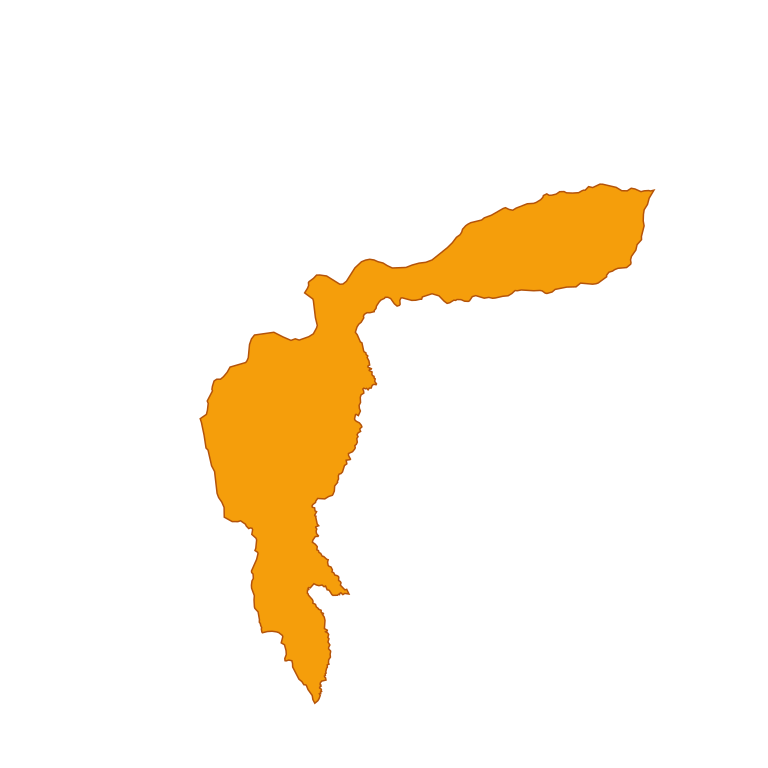 La Argentina, Huila, Colombia (Natural Earth projection), rotated 122°
{"feature_id": "7082276B50002192579952", "entity_name": "La Argentina", "entity_type": "district", "adm_level": 2, "iso_a3": "COL", "parent_name": "Colombia", "parent_adm1": "Huila", "projection": "natural_earth1", "projection_center": [-76.066, 2.187], "detail": "fine", "context": "isolated", "style": "filled", "palette": "amber", "viewbox_px": 768, "rotation_deg": 122, "n_neighbors": 0, "source": "geoboundaries", "source_scale": "gbopen_adm2", "svg_char_len": 6157}
<svg xmlns="http://www.w3.org/2000/svg" viewBox="0 0 768 768"><g transform="rotate(122 384 384)"><path d="M275.1,367.5L273.7,366.9L271.6,363.3L271.1,359.6L269.3,356.3L268.2,355.6L263.1,355.4L260.4,353.0L258.1,344.5L255.0,341.0L253.7,337.3L252.0,335.1L246.7,329.8L243.4,325.5L239.5,323.5L235.3,322.4L234.3,320.4L231.5,317.4L225.6,306.5L222.0,301.3L221.2,299.2L221.5,295.5L220.9,293.8L216.9,290.2L213.1,289.0L205.0,280.4L199.8,272.6L194.3,270.8L188.8,260.0L186.6,257.3L184.9,255.9L175.1,252.0L173.8,252.9L170.0,252.5L167.1,250.0L164.8,249.0L161.9,246.9L156.7,240.0L151.7,238.3L150.4,238.7L148.1,240.7L144.6,241.8L136.9,241.4L131.8,243.2L125.1,242.1L122.4,243.9L112.1,247.2L108.3,250.6L102.6,253.9L98.4,255.7L92.1,255.7L85.9,257.6L76.6,257.8L79.1,260.3L79.7,262.1L82.3,265.7L84.7,268.0L85.6,274.5L87.0,278.1L91.3,280.1L94.1,284.8L94.2,291.3L98.7,304.4L100.1,306.8L106.8,311.1L108.2,315.1L113.1,316.1L113.8,317.4L115.4,318.6L118.6,320.3L122.2,325.3L125.2,330.6L125.4,333.3L127.8,336.9L131.7,338.6L135.0,341.8L136.5,344.0L136.5,346.7L139.7,348.7L141.5,348.2L144.7,348.8L149.3,351.1L151.5,352.8L155.2,358.0L164.9,365.2L168.4,366.9L169.7,370.5L170.1,374.4L171.9,375.9L184.0,382.4L189.9,387.0L193.2,388.1L201.2,395.9L204.3,397.7L206.6,398.6L211.1,399.4L214.0,398.6L217.1,398.6L221.2,400.3L228.1,400.9L234.8,402.5L253.4,409.0L258.6,413.0L262.9,418.3L268.1,423.1L273.5,427.1L281.2,438.4L281.9,443.9L281.9,448.9L283.5,454.0L284.1,458.2L285.8,462.2L288.7,465.3L292.3,467.9L300.9,470.2L316.8,470.3L321.0,471.8L322.8,474.3L322.8,489.9L325.6,496.2L327.4,498.9L331.8,499.8L336.9,501.8L338.1,501.8L340.4,500.1L343.4,499.6L348.8,499.6L349.6,489.4L350.7,488.1L364.1,477.3L369.7,471.6L372.3,470.9L378.9,470.5L383.8,472.9L391.7,479.2L392.7,483.2L396.3,486.0L397.6,494.6L398.5,504.8L411.1,519.8L416.0,520.3L421.7,519.0L433.7,513.0L436.9,512.5L439.1,512.7L451.2,523.5L457.2,523.2L462.9,524.0L466.6,525.2L468.6,528.4L471.5,529.7L476.9,528.3L479.7,527.1L480.7,525.8L492.1,524.9L493.6,522.8L499.9,519.8L503.9,518.5L510.8,521.5L513.4,518.4L522.7,509.5L532.6,501.0L533.3,498.2L544.7,486.9L548.0,481.3L565.2,467.6L567.9,464.1L570.1,459.0L573.4,454.2L581.6,448.9L581.1,439.8L578.1,434.9L576.0,433.2L576.3,427.2L577.4,425.6L578.3,422.1L576.8,421.0L576.3,419.4L577.2,418.2L581.6,416.4L582.6,410.8L583.7,409.4L591.2,405.7L593.6,405.2L593.7,402.0L594.5,401.0L600.2,399.1L612.8,397.3L614.0,396.3L614.6,394.3L618.1,391.8L621.0,391.6L624.9,389.8L627.3,388.1L632.2,381.8L636.0,379.8L641.8,375.7L642.7,374.6L644.0,370.0L649.8,364.8L652.1,363.5L652.7,361.9L654.1,360.7L655.5,358.6L656.8,358.2L659.0,356.2L659.4,355.3L655.7,351.7L653.0,347.9L651.2,343.9L650.6,341.5L651.1,336.9L652.0,335.9L658.0,334.0L657.9,330.2L662.0,325.8L665.2,323.5L669.3,322.7L671.1,321.3L670.7,320.3L668.6,318.5L667.5,315.5L669.6,313.4L672.4,311.5L679.4,299.7L679.9,295.9L681.5,292.6L680.7,291.1L680.7,290.2L683.4,286.5L686.2,279.8L689.3,277.1L691.4,273.5L687.7,272.3L685.4,272.3L682.0,273.0L681.0,274.6L680.1,273.6L679.1,274.6L677.9,274.0L677.7,274.8L676.6,274.9L675.9,276.0L676.0,277.4L675.3,277.9L673.6,277.3L673.5,278.0L672.7,278.0L672.5,279.1L671.4,279.6L669.1,279.5L665.8,276.3L664.1,277.9L664.0,279.0L663.2,279.8L662.1,279.3L661.0,280.3L659.8,279.9L659.1,280.8L655.3,282.1L654.3,281.9L652.2,283.3L650.7,282.2L650.0,283.3L647.1,284.8L644.0,284.7L641.7,286.5L639.3,287.4L638.7,287.9L638.0,290.6L636.6,291.4L634.0,291.6L632.5,294.8L629.2,295.7L628.7,297.3L625.7,298.2L625.0,299.9L625.1,302.2L623.4,301.3L622.8,301.6L623.0,304.9L615.7,308.8L613.3,311.2L612.1,314.0L611.0,313.6L610.6,314.6L611.2,315.4L611.0,316.2L609.2,317.4L609.7,320.2L609.2,320.6L608.9,323.3L607.2,325.3L607.5,328.3L605.8,329.1L604.8,330.5L603.1,336.1L602.2,337.1L602.0,338.2L599.3,339.7L598.2,338.9L597.5,340.2L596.5,340.0L596.0,338.5L590.5,337.6L590.3,334.9L589.5,332.3L587.3,330.0L587.7,327.4L586.3,326.5L588.7,323.1L588.1,321.9L588.1,320.9L590.2,316.6L590.3,315.3L587.8,311.5L586.4,311.1L586.2,310.1L585.2,310.5L583.9,310.0L584.4,307.3L582.4,306.3L580.7,302.4L577.9,306.8L579.3,308.1L577.7,314.4L575.4,315.1L574.7,316.3L574.6,318.4L571.8,320.0L571.4,320.7L571.4,322.5L572.1,324.3L570.7,326.7L570.9,328.6L569.0,329.2L567.3,331.9L567.7,334.3L567.3,335.4L564.9,337.5L562.6,338.2L563.0,339.7L562.2,343.8L562.8,345.1L561.2,347.9L561.3,349.9L560.0,351.3L560.2,353.1L557.3,354.4L556.3,357.3L556.1,360.9L554.0,361.6L549.7,361.4L548.2,359.2L547.5,359.2L546.6,362.0L544.6,363.7L542.6,364.1L541.8,366.0L541.3,366.2L538.8,364.3L538.1,366.5L533.1,371.3L532.2,371.6L532.4,372.8L532.0,373.3L528.0,373.5L528.1,375.3L525.8,377.2L526.5,379.4L525.6,380.4L524.0,380.5L520.7,379.3L519.5,379.8L516.2,379.6L512.8,373.3L508.7,371.3L505.7,368.8L504.6,368.8L501.1,369.4L496.6,371.8L492.0,371.2L491.1,372.0L488.7,372.2L486.0,374.1L484.1,374.3L482.9,373.1L480.6,372.6L474.1,374.3L471.4,373.2L468.7,375.7L466.1,372.7L465.5,372.6L463.5,376.1L461.8,377.3L458.1,374.8L454.5,374.4L453.3,374.6L451.7,376.1L449.8,375.5L447.5,375.8L444.7,378.2L442.4,378.1L441.3,380.0L439.0,380.0L436.6,378.7L435.3,380.4L434.6,380.7L432.1,380.0L431.0,381.4L430.0,384.3L430.3,387.7L429.8,389.9L429.1,390.5L425.3,391.9L424.5,391.6L424.4,389.0L419.4,389.7L417.8,391.9L415.3,393.8L412.1,394.1L408.0,397.0L405.4,397.7L402.4,396.3L400.7,397.6L399.6,399.3L398.2,398.9L398.0,397.3L396.9,396.4L397.4,394.4L395.3,394.3L394.2,392.7L391.7,393.3L390.1,392.8L389.0,391.3L388.9,390.4L387.9,390.4L386.7,393.3L384.3,394.2L384.2,395.5L382.8,396.5L382.9,398.2L382.2,399.4L380.1,400.5L380.4,403.7L379.2,404.0L378.1,402.7L377.7,402.8L378.2,406.4L377.8,406.9L376.8,407.1L375.5,406.2L372.4,409.0L370.5,412.3L368.8,412.6L368.5,414.7L367.1,416.0L367.3,417.6L366.8,418.7L360.8,424.5L360.8,426.4L356.4,432.8L355.3,435.7L350.0,437.1L346.7,437.1L343.7,436.1L338.6,436.2L337.4,437.4L335.4,437.6L332.6,436.3L330.9,433.6L327.8,430.6L327.0,431.2L324.2,430.8L321.9,431.7L316.9,431.6L314.4,431.1L311.1,429.0L309.8,428.9L308.4,426.6L308.0,423.6L310.5,417.7L311.0,414.2L309.1,412.6L307.8,412.6L304.7,414.9L302.2,415.2L301.3,414.3L298.4,404.8L296.1,401.4L292.9,398.2L292.2,397.0L289.8,397.6L282.0,391.1L280.1,384.1L281.9,376.9L282.2,373.2L280.2,371.3L275.9,369.2L275.1,367.5Z" fill="#f59e0b" stroke="#b45309" stroke-width="1.5"/></g></svg>